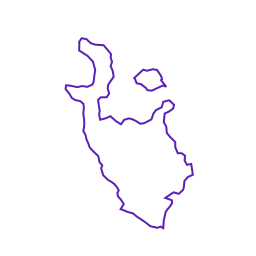 outline of Wanju-gun, North Jeolla, South Korea, rotated 137°
{"feature_id": "91817680B60221740281290", "entity_name": "Wanju-gun", "entity_type": "district", "adm_level": 2, "iso_a3": "KOR", "parent_name": "South Korea", "parent_adm1": "North Jeolla", "projection": "orthographic", "projection_center": [127.185, 35.873], "detail": "fine", "context": "isolated", "style": "outline", "palette": "violet", "viewbox_px": 256, "rotation_deg": 137, "n_neighbors": 0, "source": "geoboundaries", "source_scale": "gbopen_adm2", "svg_char_len": 1903}
<svg xmlns="http://www.w3.org/2000/svg" viewBox="0 0 256 256"><g transform="rotate(137 128 128)"><path d="M170.5,30.7L164.8,36.1L162.6,37.5L157.9,40.8L155.0,41.6L151.3,41.9L147.0,43.0L145.2,45.2L148.4,51.4L138.6,49.9L135.7,45.2L129.9,45.2L127.4,46.7L123.0,50.7L117.9,51.4L112.5,49.6L109.2,54.3L106.3,58.6L109.9,60.8L108.8,65.6L105.2,68.8L105.9,72.8L108.8,75.7L106.6,81.6L103.0,85.6L103.3,93.2L103.0,97.9L99.0,103.0L97.9,107.8L94.6,110.7L91.3,113.6L86.9,112.1L81.8,111.4L78.5,113.6L78.9,120.1L81.2,121.4L84.4,123.1L89.1,120.2L95.3,122.0L99.3,121.3L105.1,118.3L112.8,120.5L116.1,122.7L117.2,127.1L119.0,131.8L120.8,134.4L125.2,136.6L130.6,135.5L132.1,141.0L132.8,148.6L137.9,150.4L142.7,153.0L140.1,157.4L136.9,159.9L134.3,163.9L130.7,169.0L127.0,169.0L122.6,165.0L118.2,166.1L116.1,170.5L113.1,173.1L108.4,174.2L103.6,175.2L100.3,180.0L98.5,185.1L97.3,185.8L94.5,187.3L92.7,191.3L90.1,193.5L89.7,198.6L89.4,205.2L89.7,205.5L95.2,211.4L97.4,215.4L97.8,221.3L100.7,225.3L105.1,224.2L106.5,222.4L110.9,218.0L108.4,208.5L108.4,200.4L112.4,192.8L117.1,189.1L121.2,185.5L124.4,184.0L129.6,185.8L133.2,190.2L137.2,192.4L141.3,198.3L144.2,201.5L147.1,199.0L147.5,193.1L148.6,188.4L147.5,184.4L144.5,180.0L144.2,176.0L146.0,173.4L151.3,168.6L153.6,165.0L156.6,161.4L159.8,158.4L162.8,156.2L163.8,151.9L166.4,147.5L167.1,144.9L169.3,139.8L169.3,134.4L168.9,127.8L172.2,122.3L172.2,119.4L172.5,118.0L175.1,116.9L178.4,110.3L178.0,103.4L176.9,100.1L176.2,96.1L176.5,92.1L177.2,88.8L180.1,87.7L182.0,84.8L182.0,80.8L183.0,75.3L188.8,73.6L187.8,72.0L185.6,67.0L182.6,62.2L181.9,56.8L179.7,47.7L178.6,40.8L174.6,35.0L171.3,33.5L170.5,30.7ZM71.9,132.0L71.2,140.5L69.7,140.5L68.3,143.8L67.2,150.7L69.7,154.0L75.2,157.0L77.0,160.2L80.3,160.3L89.4,160.3L89.4,159.2L91.2,154.8L88.7,151.5L87.6,145.3L88.0,142.4L85.1,139.1L79.6,137.3L73.8,135.4L72.7,134.0L71.9,132.0Z" fill="none" stroke="#5b21b6" stroke-width="2"/></g></svg>